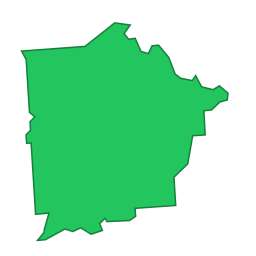 outline of Talbot, Georgia, United States of America, rotated 356°
{"feature_id": "52423323B20787176465292", "entity_name": "Talbot", "entity_type": "district", "adm_level": 2, "iso_a3": "USA", "parent_name": "United States of America", "parent_adm1": "Georgia", "projection": "albers", "projection_center": [-84.515, 32.7], "detail": "fine", "context": "isolated", "style": "filled", "palette": "green", "viewbox_px": 256, "rotation_deg": 356, "n_neighbors": 0, "source": "geoboundaries", "source_scale": "gbopen_adm2", "svg_char_len": 809}
<svg xmlns="http://www.w3.org/2000/svg" viewBox="0 0 256 256"><g transform="rotate(356 128 128)"><path d="M27.2,43.8L31.2,52.7L30.8,105.5L35.8,110.4L30.7,114.9L30.6,123.4L25.8,127.7L25.8,136.2L30.3,136.2L29.9,195.8L29.8,207.6L43.2,207.4L37.3,223.8L37.0,226.3L29.9,233.8L37.7,233.7L58.0,224.4L65.8,227.4L73.9,224.3L83.8,231.4L95.3,228.4L93.0,221.4L99.0,216.4L100.4,219.9L123.1,220.4L129.5,216.6L129.4,208.6L152.8,208.6L170.2,208.6L170.4,180.3L185.1,167.9L192.0,140.2L204.5,140.3L204.9,116.1L212.6,115.8L221.5,108.4L229.0,107.0L230.2,100.3L222.1,92.3L215.5,95.7L204.3,92.1L199.2,80.5L195.4,85.2L184.0,82.0L178.8,77.5L173.6,60.5L164.3,47.5L157.7,47.7L153.5,55.2L146.3,52.5L141.4,39.0L134.8,39.5L130.7,33.6L137.4,25.4L122.1,22.2L90.8,43.6L27.2,43.8Z" fill="#22c55e" stroke="#15803d" stroke-width="1.5"/></g></svg>